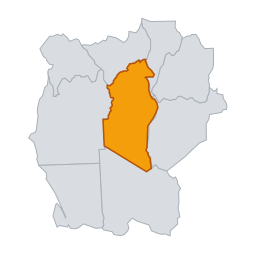 Chad highlighted, Equal Earth projection, rotated 178°
{"feature_id": "TCD", "entity_name": "Chad", "entity_type": "country or territory", "adm_level": 0, "iso_a3": "TCD", "parent_name": "Africa", "parent_adm1": "", "projection": "equal_earth", "projection_center": [18.978, 15.46], "detail": "fine", "context": "with_neighbors", "style": "filled", "palette": "amber", "viewbox_px": 256, "rotation_deg": 178, "n_neighbors": 8, "source": "natural_earth", "source_scale": "50m", "svg_char_len": 8297}
<svg xmlns="http://www.w3.org/2000/svg" viewBox="0 0 256 256"><g transform="rotate(178 128 128)"><path d="M156.1,190.6L152.1,187.5L150.2,185.5L150.7,177.4L147.6,172.9L147.0,168.2L145.1,166.1L145.0,161.9L143.9,159.2L142.1,159.6L143.9,154.1L143.3,151.1L145.0,149.0L143.9,147.3L147.6,137.8L152.2,138.3L151.7,107.5L157.6,107.5L157.4,93.7L218.5,93.7L220.4,100.5L219.4,101.7L220.4,108.9L222.6,117.2L227.6,121.5L225.1,125.5L221.3,126.6L219.8,128.8L217.4,143.8L218.1,146.6L217.4,152.7L215.4,159.7L212.3,163.2L209.7,171.5L207.2,173.5L205.8,181.0L206.0,187.4L205.8,181.8L205.1,181.7L204.4,175.7L201.7,172.9L201.0,167.8L201.5,162.5L199.0,162.0L198.7,163.6L195.5,164.0L196.8,166.0L197.4,170.3L192.0,179.4L189.3,180.1L184.7,175.9L182.8,177.4L182.2,179.5L179.5,180.8L179.4,182.3L174.1,182.3L173.4,180.8L169.5,180.6L167.6,181.8L166.2,181.2L162.5,175.1L158.7,176.1L155.9,185.7L152.5,187.9L156.1,190.6Z" fill="#d9dde1" stroke="#a8b0b8" stroke-width="1"/><path d="M105.3,87.7L106.5,98.5L108.4,100.3L108.4,102.5L110.6,104.9L109.4,107.8L107.3,122.0L107.0,131.1L100.3,137.7L97.9,147.0L100.1,149.6L100.0,154.2L103.4,154.4L102.9,157.7L101.4,158.1L101.2,160.4L100.2,160.5L96.7,152.8L95.5,152.5L91.3,156.4L84.4,154.0L82.9,154.9L79.8,154.7L76.7,157.8L74.0,157.9L67.7,154.3L65.1,156.0L62.5,155.9L60.5,153.2L55.3,150.6L49.7,151.4L48.3,152.9L47.4,157.0L45.9,159.9L45.4,166.2L41.4,162.1L39.5,162.1L37.7,164.2L37.9,159.4L31.9,157.7L31.8,154.3L29.0,149.7L28.4,146.5L28.9,143.1L32.3,142.8L34.3,140.3L46.1,138.6L46.7,134.2L49.7,129.5L50.1,113.4L57.5,110.3L72.9,96.7L90.7,83.6L98.8,86.5L101.6,90.3L105.3,87.7Z" fill="#d9dde1" stroke="#a8b0b8" stroke-width="1"/><path d="M39.9,204.7L40.3,188.7L41.3,184.2L45.7,177.6L45.1,175.6L46.2,172.8L45.1,168.6L45.9,159.9L47.4,157.0L48.3,152.9L49.7,151.4L55.3,150.6L60.5,153.2L62.5,155.9L65.1,156.0L67.7,154.3L74.0,157.9L76.7,157.8L79.8,154.7L82.9,154.9L84.4,154.0L91.3,156.4L95.5,152.5L96.7,152.8L100.2,160.5L101.2,160.4L103.3,163.2L102.4,166.8L97.9,172.3L93.5,187.2L90.6,190.1L88.0,199.6L84.4,202.0L81.4,199.0L79.4,199.2L76.2,203.3L74.7,203.4L70.7,215.4L65.2,218.0L63.1,217.6L61.1,219.2L56.8,219.0L54.0,214.6L52.3,209.4L48.6,204.7L39.9,204.7Z" fill="#d9dde1" stroke="#a8b0b8" stroke-width="1"/><path d="M102.9,157.7L104.9,162.2L105.0,171.7L107.9,178.1L101.0,177.9L99.9,181.2L103.0,185.4L105.3,186.6L107.7,194.5L104.1,203.7L102.9,205.0L102.5,215.7L105.0,219.4L107.4,225.7L109.9,228.0L110.7,233.4L110.3,237.2L101.7,233.6L76.8,233.2L77.5,227.6L75.5,222.8L73.1,221.6L72.0,218.4L70.6,217.4L72.1,210.3L74.7,203.4L76.2,203.3L79.4,199.2L81.4,199.0L84.4,202.0L88.0,199.6L90.6,190.1L93.5,187.2L97.9,172.3L102.4,166.8L103.3,163.2L101.2,160.4L101.4,158.1L102.9,157.7Z" fill="#d9dde1" stroke="#a8b0b8" stroke-width="1"/><path d="M171.1,212.1L169.4,212.8L162.0,211.9L157.5,214.5L155.4,213.0L149.5,216.6L147.0,215.8L144.7,220.7L136.8,218.6L129.1,213.5L126.2,215.8L124.1,219.5L123.7,224.5L116.6,222.9L113.5,226.7L110.7,233.4L109.9,228.0L107.4,225.7L105.0,219.4L102.5,215.7L102.4,210.5L102.9,205.0L104.1,203.7L106.8,196.4L111.2,195.9L112.2,194.0L114.4,195.8L121.1,193.1L126.1,187.8L125.6,185.3L132.2,185.1L137.2,181.7L141.0,174.0L143.7,171.1L147.0,169.9L147.6,172.9L150.7,177.4L150.2,185.5L159.0,193.5L159.1,195.9L164.9,202.7L166.3,207.0L170.3,209.8L171.1,212.1Z" fill="#d9dde1" stroke="#a8b0b8" stroke-width="1"/><path d="M218.5,93.7L157.4,93.7L156.6,44.5L155.0,39.1L156.2,35.0L155.4,32.2L157.1,29.1L163.7,28.9L175.8,33.7L181.5,29.7L185.9,29.1L189.4,30.0L190.9,33.2L192.0,31.1L199.9,33.0L202.3,31.4L206.1,42.8L202.9,54.0L201.7,55.2L197.6,50.0L193.5,40.4L193.1,41.0L203.1,65.4L211.9,80.4L210.9,81.6L211.3,86.1L218.5,93.7Z" fill="#d9dde1" stroke="#a8b0b8" stroke-width="1"/><path d="M156.6,44.5L157.6,107.5L151.7,107.5L151.6,110.5L110.5,84.0L101.6,90.3L98.8,86.5L90.7,83.6L88.6,79.3L84.6,76.1L82.2,77.4L80.5,73.5L80.4,70.6L77.5,65.7L79.6,62.8L79.7,51.8L80.8,46.4L79.2,37.4L81.7,35.9L81.7,30.3L89.3,23.8L89.7,18.8L95.4,21.0L97.5,20.5L101.6,21.5L108.1,24.5L110.3,30.3L121.7,34.4L127.0,37.7L131.8,32.9L130.6,27.8L132.2,24.7L135.7,21.6L139.1,20.7L145.8,22.0L147.5,25.0L155.8,26.9L157.1,29.1L155.4,32.2L156.2,35.0L155.0,39.1L156.6,44.5Z" fill="#d9dde1" stroke="#a8b0b8" stroke-width="1"/><path d="M189.6,224.4L184.9,219.7L183.6,216.6L176.8,218.9L174.4,218.0L170.3,209.8L166.3,207.0L164.9,202.7L159.1,195.9L159.0,193.5L152.5,187.9L155.9,185.7L158.7,176.1L162.5,175.1L166.2,181.2L167.6,181.8L169.5,180.6L173.4,180.8L174.1,182.3L179.4,182.3L179.5,180.8L182.2,179.5L182.8,177.4L184.7,175.9L189.3,180.1L192.0,179.4L197.4,170.3L196.8,166.0L195.5,164.0L198.7,163.6L199.0,162.0L201.5,162.5L201.0,167.8L201.7,172.9L204.4,175.7L205.1,181.7L205.8,181.8L206.0,187.4L205.2,189.6L202.4,189.7L200.6,193.8L203.9,194.3L206.6,197.8L207.6,200.7L210.0,202.3L213.3,210.1L203.2,222.4L199.5,222.4L195.2,224.1L191.8,222.5L189.6,224.4Z" fill="#d9dde1" stroke="#a8b0b8" stroke-width="1"/><path d="M152.4,111.0L152.4,114.2L152.5,117.3L152.5,120.4L152.5,123.5L152.6,126.6L152.6,129.8L152.6,132.9L152.7,136.0L152.7,137.1L152.6,137.5L151.2,137.3L150.7,137.3L149.9,137.5L148.8,137.6L148.1,137.6L147.6,138.1L147.2,138.8L147.4,140.4L147.3,140.9L147.2,141.4L146.9,141.9L146.5,142.2L146.3,142.6L146.1,143.3L145.9,143.6L145.9,144.1L145.8,144.5L145.6,144.8L145.1,144.9L144.8,145.1L144.5,145.5L144.3,145.7L144.4,146.1L144.6,146.5L144.6,147.2L144.7,147.6L145.0,147.9L145.1,148.2L145.2,148.5L144.4,149.2L144.1,149.4L143.8,149.7L143.7,149.8L143.3,150.3L143.0,150.7L142.9,151.0L142.9,151.5L143.2,152.3L143.4,152.9L143.5,153.4L143.6,153.9L143.6,154.4L143.4,154.8L143.2,155.2L142.3,155.9L141.9,156.7L141.5,157.7L141.5,158.2L141.6,158.5L141.7,158.8L142.0,159.0L142.4,159.0L143.0,158.9L143.6,158.8L144.2,159.1L144.6,159.9L144.4,160.5L144.7,161.6L144.9,162.9L144.9,163.3L145.0,163.5L145.4,163.6L145.5,163.9L145.3,166.1L145.5,166.8L145.8,167.2L146.1,167.5L146.4,167.8L146.6,168.0L146.9,168.0L147.3,168.4L147.4,169.0L147.4,169.5L147.2,170.7L147.0,171.5L146.8,171.4L146.3,171.2L145.7,171.1L145.0,170.9L144.4,171.2L143.7,171.6L143.5,172.0L143.3,172.1L142.9,172.1L142.7,172.2L142.5,172.4L142.3,172.8L141.2,173.4L141.0,173.7L140.9,173.9L140.9,174.2L141.0,174.7L141.0,175.4L140.8,175.9L140.5,176.3L140.2,176.5L139.8,176.8L139.3,178.0L139.0,178.2L138.6,178.2L137.2,180.1L137.1,180.6L136.6,181.4L136.0,182.2L135.4,182.7L135.4,182.8L135.2,183.0L134.9,183.2L133.7,184.2L132.3,184.2L131.6,184.6L131.0,184.8L130.1,185.0L129.9,185.0L128.7,185.1L127.4,185.0L126.8,185.2L126.3,185.6L126.0,185.9L125.9,186.0L126.0,186.2L126.0,186.3L126.9,187.2L127.2,187.6L126.9,188.0L126.6,188.4L126.1,189.4L125.2,190.5L124.8,190.9L124.6,191.1L124.4,191.8L124.3,192.0L123.7,192.1L122.5,192.1L121.0,192.4L120.0,192.5L119.4,192.4L118.6,192.9L118.3,193.1L118.1,193.1L117.3,193.6L116.6,194.4L116.3,194.6L115.4,194.9L115.0,195.4L114.8,195.5L114.2,194.8L113.8,194.1L113.6,193.5L113.6,193.2L113.4,193.3L113.1,193.6L112.8,193.9L112.7,194.5L111.7,195.0L110.8,195.3L110.4,195.8L109.8,196.0L109.1,195.9L108.5,195.7L107.9,195.7L108.2,195.1L108.3,194.7L108.3,194.2L108.3,193.8L107.9,193.6L107.7,193.3L107.2,191.7L106.7,190.0L106.0,188.3L105.2,187.2L104.6,186.6L104.2,186.3L104.0,186.1L102.9,185.0L101.9,183.7L101.6,183.1L101.0,182.2L100.4,181.3L100.1,180.9L100.0,180.2L100.4,179.5L100.9,178.7L101.4,178.2L102.1,178.1L103.3,178.3L104.5,178.4L105.8,178.3L106.1,178.1L106.4,178.1L107.1,178.3L108.3,178.3L108.9,178.0L108.2,177.4L107.5,176.5L106.9,175.5L106.5,174.6L106.1,173.4L105.8,172.0L105.6,170.1L105.6,169.0L105.8,168.3L106.1,167.0L105.9,166.3L105.9,165.7L105.9,164.9L105.8,164.4L105.3,163.0L105.3,162.9L104.9,161.9L104.7,160.2L104.2,159.1L103.5,158.6L103.1,158.0L103.0,156.8L102.7,156.5L101.5,156.1L100.6,156.1L99.9,154.9L99.0,153.2L98.2,151.7L97.7,148.7L97.4,146.9L97.8,146.4L98.5,145.2L99.3,142.8L101.3,139.1L102.3,137.3L104.3,134.5L106.8,131.1L108.2,129.1L108.4,125.6L108.7,121.9L108.9,119.1L109.1,115.8L109.3,113.1L109.5,111.1L109.7,108.2L109.8,107.7L110.8,105.4L110.9,105.1L110.7,104.8L109.4,102.9L108.9,102.5L108.7,101.5L109.1,100.9L107.5,97.8L107.1,97.4L106.9,97.0L106.9,96.4L106.9,94.2L106.5,90.8L106.0,86.8L107.9,85.7L109.3,84.8L111.1,83.7L112.8,84.9L115.3,86.5L117.7,88.1L120.2,89.7L122.6,91.4L125.1,93.0L127.6,94.6L130.0,96.3L132.5,97.9L135.0,99.5L137.4,101.2L139.9,102.8L142.4,104.5L144.9,106.1L147.4,107.8L149.9,109.4L152.4,111.0Z" fill="#f59e0b" stroke="#b45309" stroke-width="1.5"/></g></svg>